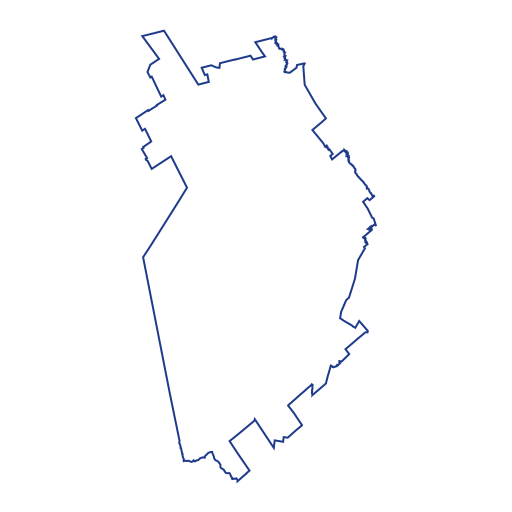 the district of Bogan, New South Wales, Australia
{"feature_id": "25037944B35156214632360", "entity_name": "Bogan", "entity_type": "district", "adm_level": 2, "iso_a3": "AUS", "parent_name": "Australia", "parent_adm1": "New South Wales", "projection": "equal_earth", "projection_center": [147.254, -31.57], "detail": "fine", "context": "isolated", "style": "outline", "palette": "blue", "viewbox_px": 512, "rotation_deg": 0, "n_neighbors": 0, "source": "geoboundaries", "source_scale": "gbopen_adm2", "svg_char_len": 5906}
<svg xmlns="http://www.w3.org/2000/svg" viewBox="0 0 512 512"><path d="M147.5,72.0L150.3,77.5L151.7,76.6L161.2,96.6L163.4,95.2L165.4,99.7L156.8,105.0L157.0,105.5L148.5,110.9L148.1,110.1L135.9,118.1L142.2,130.6L145.0,128.8L151.2,141.4L150.1,142.3L143.2,147.0L143.6,147.8L141.8,149.1L147.1,158.1L145.7,159.0L146.1,159.9L147.7,161.0L151.7,168.9L171.1,156.2L187.0,187.7L178.0,202.3L158.4,233.4L149.6,247.3L143.1,257.2L169.9,393.9L179.6,441.1L179.4,441.6L179.2,443.0L180.3,445.2L180.7,447.5L180.5,447.9L181.1,448.4L182.2,453.9L182.6,454.1L182.4,454.7L183.1,457.8L183.6,458.4L183.8,459.8L183.6,460.3L183.8,461.1L185.5,460.7L186.9,461.0L188.5,460.7L189.5,461.2L191.5,461.9L192.5,461.6L192.8,461.3L193.6,460.3L194.9,461.4L196.2,460.5L198.1,460.2L199.4,459.0L200.0,458.3L202.8,457.3L204.7,457.7L204.9,456.5L205.4,455.6L206.0,455.2L208.4,452.8L210.9,452.0L212.2,452.0L212.5,453.3L213.8,456.3L214.3,458.6L215.4,460.2L216.9,460.8L218.4,461.8L219.0,462.7L219.3,463.0L220.4,464.6L220.4,467.0L220.9,468.0L222.6,468.9L224.2,470.2L224.4,471.0L225.0,471.6L225.4,472.5L226.2,473.1L229.6,473.2L230.4,474.6L231.1,476.7L232.0,477.6L232.0,478.2L232.2,479.0L233.0,479.0L233.7,478.7L234.0,478.8L235.0,478.5L235.9,478.8L236.5,478.5L237.5,480.0L237.5,481.3L245.4,474.3L246.4,473.7L246.4,473.3L249.5,470.6L236.8,452.1L229.6,441.1L238.3,434.1L254.4,420.7L254.8,419.2L273.8,447.9L274.7,440.4L283.1,441.8L283.7,437.1L287.7,437.7L296.0,430.3L301.9,425.4L302.0,425.1L298.3,419.7L293.9,413.0L288.1,405.6L288.1,405.4L298.5,396.2L298.9,395.7L299.4,395.5L301.0,393.8L301.7,393.4L304.6,390.9L307.2,388.5L310.8,385.5L311.8,384.3L312.7,385.1L312.3,385.8L312.5,388.7L312.4,389.3L312.0,389.9L311.9,390.8L312.2,391.4L311.9,392.7L312.0,393.6L312.6,394.5L312.5,395.0L325.6,383.8L325.9,383.4L328.3,374.1L328.5,373.9L330.8,365.6L332.1,366.2L332.4,366.4L332.6,367.1L333.2,367.3L333.8,367.2L334.9,366.7L335.4,366.7L335.7,366.4L336.4,366.3L337.1,365.0L337.7,365.5L340.0,363.2L339.3,362.5L339.4,361.1L341.2,361.4L341.5,361.6L349.2,354.1L345.5,349.2L356.8,339.5L365.3,332.4L367.5,332.3L367.8,330.9L359.2,321.0L355.3,327.8L354.2,327.1L352.8,326.4L352.0,325.5L343.9,320.8L340.1,318.2L341.2,311.7L344.3,304.6L344.2,304.6L346.3,300.0L349.0,297.6L353.4,283.7L355.0,278.4L358.0,260.6L358.5,259.6L358.4,259.5L364.9,248.4L364.0,247.0L367.3,244.3L367.1,244.2L366.7,243.6L366.7,243.3L367.1,242.9L366.7,242.0L366.0,241.7L365.7,242.0L365.6,241.6L365.4,241.6L365.5,241.4L365.4,241.0L365.9,240.7L365.7,240.2L365.3,239.9L365.6,239.6L365.4,239.2L365.1,239.0L365.5,238.6L365.4,238.0L364.6,238.0L364.4,237.5L364.1,237.6L363.5,237.4L363.5,237.9L363.4,237.9L363.2,237.8L363.0,237.4L371.9,229.8L371.8,229.1L371.0,228.5L370.7,228.5L370.7,229.1L369.9,228.8L369.1,228.9L369.1,229.1L369.3,229.3L369.2,229.6L368.6,229.4L368.6,228.8L368.2,228.8L370.5,226.7L371.3,226.1L371.7,226.8L374.9,224.1L376.1,226.1L373.7,218.5L372.2,217.8L367.8,208.8L363.1,201.8L367.3,198.2L369.6,200.1L374.2,196.3L374.1,196.1L373.8,195.6L373.3,195.7L373.1,196.2L372.9,196.3L372.2,195.7L371.8,194.4L371.4,194.0L371.1,193.2L370.7,193.1L370.3,192.7L369.4,191.4L369.4,190.7L368.9,189.6L367.5,188.0L366.9,188.5L366.6,187.4L366.9,186.6L366.5,185.7L366.0,185.4L365.8,185.1L365.1,184.6L364.9,184.2L364.1,183.2L363.9,182.7L363.3,181.8L362.8,181.5L362.5,180.9L361.4,180.2L361.1,179.6L360.0,178.5L359.6,178.4L359.2,177.4L358.2,176.8L357.8,176.4L357.5,175.6L357.0,175.1L356.9,174.7L356.7,174.6L356.7,174.2L356.0,173.4L355.6,173.2L355.2,172.7L355.1,171.6L355.5,170.9L355.3,170.7L355.5,170.4L355.3,169.9L355.4,169.0L354.4,168.2L354.2,167.4L353.7,166.8L353.4,166.6L353.2,165.9L352.7,165.8L352.6,165.4L352.0,165.1L351.8,164.7L351.5,164.7L351.3,164.2L349.9,163.4L349.7,163.0L349.4,162.8L349.3,162.4L349.1,162.2L349.1,161.8L348.7,161.5L348.5,161.1L348.9,160.4L348.4,160.0L348.3,159.4L348.6,159.2L348.5,158.9L348.7,158.7L348.6,158.4L348.8,158.1L348.6,157.8L348.8,157.6L348.3,157.3L348.6,156.9L348.8,157.0L348.9,156.9L348.7,156.5L348.2,156.6L348.4,156.1L348.2,155.8L347.5,155.9L347.8,155.6L347.6,155.2L347.9,155.1L347.4,154.8L347.7,154.0L347.3,153.9L347.5,153.6L347.1,153.5L347.0,153.1L346.9,153.2L347.0,152.8L346.6,153.0L346.6,152.8L346.9,152.6L346.5,152.5L346.8,152.1L346.5,151.9L346.5,151.5L346.3,151.6L346.1,152.2L345.9,152.0L346.0,151.5L345.8,151.0L345.5,151.0L345.3,150.8L345.0,151.0L344.9,150.4L344.6,150.1L344.3,150.3L344.1,150.0L344.0,150.4L343.8,150.2L341.8,151.7L341.7,151.5L332.1,159.4L330.3,156.0L332.7,153.9L329.3,149.2L328.6,149.8L327.2,147.7L327.7,147.2L326.7,145.6L325.3,146.9L323.4,143.4L312.4,130.0L320.1,123.5L320.6,123.2L325.9,118.4L315.5,103.6L304.7,84.8L303.3,66.2L304.7,63.5L304.3,63.4L297.0,65.0L296.5,67.7L289.7,72.8L284.6,72.1L284.5,71.7L285.3,71.5L284.6,71.0L284.8,69.9L285.1,69.6L284.9,69.3L284.8,68.8L285.7,67.9L285.6,67.2L286.2,67.4L286.5,67.1L286.5,66.8L286.0,66.2L285.8,65.6L286.5,65.4L286.6,64.8L287.1,64.1L287.4,63.3L287.3,63.0L286.7,62.9L286.8,62.0L286.3,61.9L287.0,60.6L286.5,60.6L286.5,60.1L285.9,59.9L285.7,59.5L285.2,59.7L285.4,59.2L285.3,58.9L285.0,58.6L284.6,58.5L285.1,57.1L284.2,56.8L283.9,56.4L284.6,55.7L285.2,55.5L284.6,54.8L284.3,53.9L284.5,52.9L285.0,52.6L284.4,51.8L283.7,51.6L284.0,50.6L283.8,50.3L283.3,49.9L283.4,49.3L283.1,49.2L282.7,49.6L282.2,49.7L282.0,49.4L282.0,48.7L281.7,48.5L280.0,48.9L279.1,48.5L278.7,46.8L278.1,46.2L278.4,45.7L278.2,45.0L278.3,44.4L277.7,44.4L277.5,44.8L277.3,44.9L277.2,43.6L276.9,43.0L276.7,43.1L276.5,43.6L276.2,42.9L275.5,43.3L275.3,43.1L275.3,42.8L275.8,42.2L276.0,41.3L275.8,41.0L275.4,40.9L275.3,40.4L275.9,40.4L276.3,39.6L275.9,39.3L275.5,39.3L275.7,38.1L276.3,37.4L276.0,37.1L275.7,36.5L275.3,36.4L274.5,37.2L274.0,36.7L273.8,36.7L272.0,38.4L271.9,38.0L255.3,42.2L261.9,52.1L265.0,56.4L253.0,59.5L250.5,55.7L234.8,59.7L234.7,59.5L220.0,63.2L219.4,67.9L216.2,67.4L211.3,65.3L201.7,67.7L204.8,75.0L207.3,74.4L208.8,81.9L198.3,84.6L164.0,30.7L142.3,36.1L159.1,58.9L150.3,64.7L147.5,72.0Z" fill="none" stroke="#1e3a8a" stroke-width="2"/></svg>